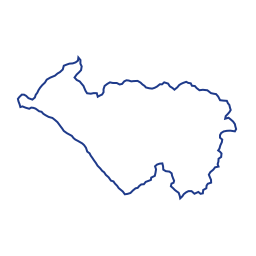 Belo Horizonte, Minas Gerais, Brazil (orthographic projection), rotated 86°
{"feature_id": "56859067B79938769509019", "entity_name": "Belo Horizonte", "entity_type": "district", "adm_level": 2, "iso_a3": "BRA", "parent_name": "Brazil", "parent_adm1": "Minas Gerais", "projection": "orthographic", "projection_center": [-43.962, -19.918], "detail": "fine", "context": "isolated", "style": "outline", "palette": "blue", "viewbox_px": 256, "rotation_deg": 86, "n_neighbors": 0, "source": "geoboundaries", "source_scale": "gbopen_adm2", "svg_char_len": 2811}
<svg xmlns="http://www.w3.org/2000/svg" viewBox="0 0 256 256"><g transform="rotate(86 128 128)"><path d="M138.8,21.6L136.6,20.2L133.9,20.8L131.6,21.1L128.9,22.7L126.4,25.2L124.8,27.0L125.5,30.4L123.0,29.7L120.9,27.4L119.2,25.7L117.2,24.3L115.1,24.8L112.1,25.3L110.3,26.6L107.8,27.5L107.3,31.1L106.7,34.2L102.8,35.9L100.3,37.8L99.8,40.1L99.0,42.8L95.9,46.2L95.1,50.7L95.3,54.1L93.0,56.7L90.8,58.4L90.3,61.3L87.8,62.3L87.2,64.8L86.0,66.7L86.8,69.6L87.6,71.8L88.7,73.9L90.9,76.0L93.0,79.0L91.2,80.8L89.3,83.4L86.5,84.9L85.0,88.7L86.8,91.0L86.6,93.2L88.7,96.2L89.8,98.7L90.4,101.2L89.8,104.2L88.8,107.3L87.1,108.6L85.6,110.5L83.6,112.3L81.7,115.1L81.6,119.0L81.7,121.5L80.7,124.0L80.3,126.2L81.2,128.5L83.6,130.8L84.0,133.3L82.3,136.1L82.0,140.2L81.2,142.8L82.5,145.5L84.4,148.4L87.6,149.7L90.6,149.9L92.8,151.5L93.7,153.9L94.7,156.0L91.1,156.7L90.8,159.8L91.2,162.7L90.5,166.4L87.9,167.8L85.3,168.7L82.9,169.5L80.2,171.5L78.2,172.9L76.5,175.8L73.9,177.8L71.1,175.5L68.9,172.8L67.0,170.8L63.3,169.9L60.5,171.0L56.9,170.7L54.2,172.6L57.3,173.2L58.9,175.7L59.7,178.6L59.7,181.9L60.4,184.5L61.4,187.7L65.1,189.0L67.5,192.0L68.7,194.5L70.7,197.2L72.3,202.0L74.1,205.7L76.9,207.7L79.3,210.6L81.7,212.9L84.1,214.7L86.5,216.0L88.4,217.7L91.1,218.8L93.0,221.4L91.3,225.2L88.8,227.4L87.5,229.4L87.3,231.6L89.5,234.2L91.3,235.8L93.8,235.4L96.8,234.5L99.6,233.9L99.1,231.8L100.6,228.7L101.9,225.2L100.9,223.1L101.3,221.0L102.2,218.9L103.7,217.1L105.1,215.5L105.8,213.1L107.9,211.5L109.4,209.5L111.4,206.4L112.7,202.7L114.9,200.3L117.2,198.0L119.7,196.4L121.8,195.1L123.9,193.7L126.4,192.3L128.9,189.3L131.9,184.6L134.3,183.0L135.9,181.3L137.3,179.0L140.2,174.7L142.0,173.0L144.8,171.3L148.7,170.3L150.6,168.1L153.0,167.1L155.4,165.6L157.9,164.2L160.6,162.5L163.5,161.0L166.4,158.5L169.0,156.7L170.5,154.9L173.2,153.4L175.8,150.8L179.3,148.7L180.3,146.2L182.4,145.0L185.0,142.8L187.3,141.5L189.0,139.7L191.0,137.6L193.9,135.8L193.7,133.1L193.0,130.1L190.7,127.5L188.7,124.7L188.4,122.5L186.6,120.8L185.2,118.7L185.2,116.1L183.0,114.1L182.1,111.0L181.4,108.8L179.1,108.3L177.6,104.6L174.6,103.7L171.1,102.9L168.1,103.7L166.5,101.6L165.8,99.0L165.7,96.2L168.6,95.7L172.0,95.7L173.7,93.3L174.4,89.7L176.3,87.6L178.5,87.4L181.5,86.5L183.9,85.7L185.8,86.4L186.5,88.5L189.1,89.3L191.2,87.2L193.0,85.7L194.7,83.8L196.1,82.0L199.4,81.1L201.8,80.8L200.0,78.6L197.9,77.0L196.2,74.5L195.2,72.1L195.4,69.0L198.2,66.3L196.7,62.3L198.7,60.2L198.4,57.9L195.1,57.3L193.6,54.1L190.9,53.6L189.2,52.3L188.3,48.9L185.5,48.8L183.0,49.7L180.2,50.6L177.8,49.0L175.5,45.8L173.3,43.9L172.8,40.4L170.3,41.1L167.9,40.2L165.0,39.8L163.4,37.1L159.9,36.5L158.0,38.0L156.7,39.6L154.9,38.2L151.8,37.1L148.7,35.4L146.1,34.8L144.1,36.9L141.5,36.7L139.5,35.4L138.1,32.8L137.7,29.5L137.8,26.0L138.8,21.6Z" fill="none" stroke="#1e3a8a" stroke-width="2"/></g></svg>